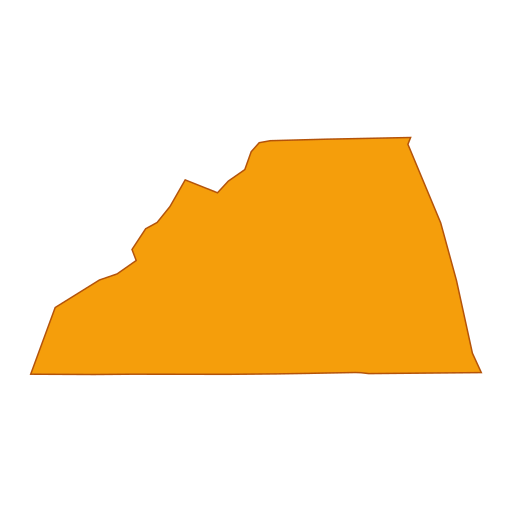 the district of Scott, Virginia, United States of America
{"feature_id": "52423323B99932966436825", "entity_name": "Scott", "entity_type": "district", "adm_level": 2, "iso_a3": "USA", "parent_name": "United States of America", "parent_adm1": "Virginia", "projection": "mercator", "projection_center": [-82.626, 36.739], "detail": "fine", "context": "isolated", "style": "filled", "palette": "amber", "viewbox_px": 512, "rotation_deg": 0, "n_neighbors": 0, "source": "geoboundaries", "source_scale": "gbopen_adm2", "svg_char_len": 560}
<svg xmlns="http://www.w3.org/2000/svg" viewBox="0 0 512 512"><path d="M407.9,144.3L410.6,137.5L325.7,139.2L270.3,140.7L259.2,142.7L251.2,151.7L244.8,169.6L228.3,181.1L217.5,192.8L185.2,179.9L170.0,206.5L157.1,222.5L145.7,228.7L132.0,249.5L136.2,260.5L117.1,273.9L99.4,280.0L55.2,307.5L30.7,374.2L94.0,374.5L131.6,374.2L219.4,374.3L229.8,374.3L275.9,373.9L307.2,373.4L308.1,373.4L311.6,373.3L355.4,372.5L361.0,372.7L368.8,373.6L479.4,372.6L481.3,372.6L472.4,353.2L456.5,280.6L440.7,222.9L407.9,144.3Z" fill="#f59e0b" stroke="#b45309" stroke-width="1.5"/></svg>